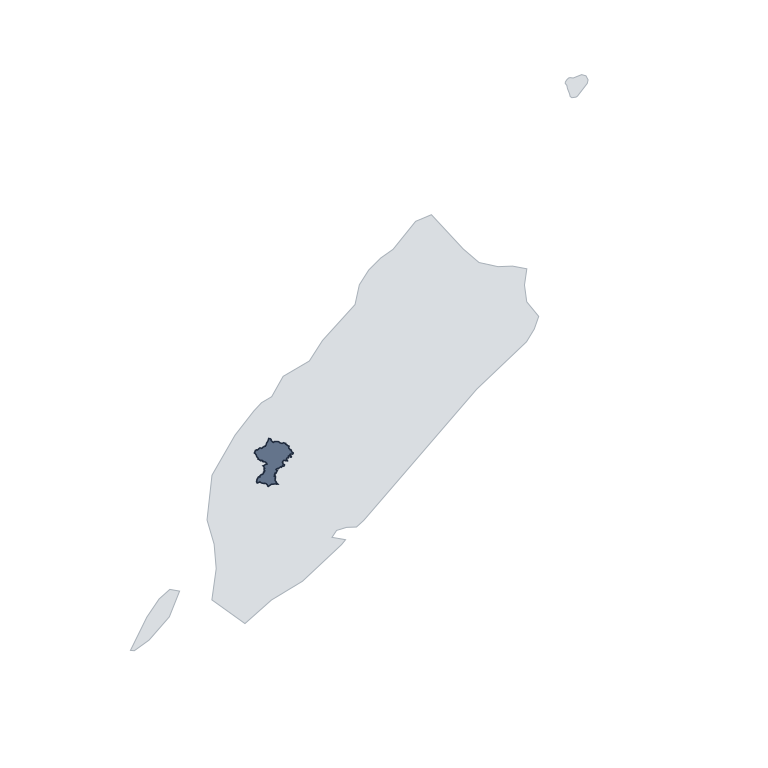 Cayey, Puerto Rico (highlighted), rotated 129°
{"feature_id": "32010507B18263027351843", "entity_name": "Cayey", "entity_type": "district", "adm_level": 2, "iso_a3": "PRI", "parent_name": "Puerto Rico", "parent_adm1": "", "projection": "albers", "projection_center": [-66.141, 18.103], "detail": "fine", "context": "in_parent", "style": "filled", "palette": "slate", "viewbox_px": 768, "rotation_deg": 129, "n_neighbors": 0, "source": "geoboundaries", "source_scale": "gbopen_adm2", "svg_char_len": 4200}
<svg xmlns="http://www.w3.org/2000/svg" viewBox="0 0 768 768"><g transform="rotate(129 384 384)"><path d="M519.0,322.9L527.6,328.7L535.9,327.9L529.2,315.9L535.4,315.9L588.5,323.2L622.6,335.5L657.7,341.3L660.1,381.9L633.1,398.2L615.4,415.2L601.0,436.0L563.1,460.3L517.4,467.6L486.9,468.2L475.6,467.4L464.5,463.3L441.5,467.2L413.1,456.5L388.8,459.2L340.5,456.5L322.4,465.6L305.0,467.6L288.0,465.8L273.6,461.7L237.7,461.8L222.6,453.7L229.2,407.5L229.8,386.6L221.1,369.3L211.5,358.3L204.6,345.5L218.7,337.1L230.3,324.8L234.1,306.3L246.7,301.8L261.5,299.8L329.8,308.7L502.7,313.9L512.5,315.4L519.0,322.9ZM714.4,421.6L692.6,423.5L678.4,421.2L673.6,412.5L700.0,404.3L730.8,405.4L748.4,410.2L750.6,413.4L714.4,421.6ZM35.2,433.1L32.6,433.4L30.0,433.1L28.8,432.2L27.1,429.5L19.2,425.1L17.4,421.0L19.2,416.8L22.5,415.2L38.5,414.8L40.2,415.3L43.3,418.2L43.4,420.3L41.8,422.3L38.9,427.4L37.8,428.7L36.8,430.0L36.4,432.3L35.2,433.1Z" fill="#d9dde1" stroke="#a8b0b8" stroke-width="1"/><path d="M528.6,403.5L528.5,404.0L528.7,404.8L528.1,405.7L528.2,406.3L527.7,406.6L527.7,407.4L527.3,408.2L526.6,408.5L526.4,408.7L526.0,409.1L525.8,408.9L525.3,409.4L524.9,409.5L524.3,410.0L524.6,410.6L524.2,410.7L524.1,411.1L524.4,411.4L523.8,411.6L523.4,411.4L523.2,412.1L522.3,412.0L522.3,412.3L522.2,412.3L521.8,412.6L521.4,412.3L521.1,411.8L520.3,412.1L519.6,412.1L519.0,412.4L518.6,412.4L518.8,412.9L518.4,413.1L518.4,414.1L517.7,414.1L517.3,413.8L516.6,413.6L516.5,413.1L516.3,412.7L515.4,412.8L514.9,412.5L513.3,412.2L513.2,411.3L511.6,411.5L511.4,411.4L511.5,410.7L510.5,410.0L510.0,410.2L509.6,410.3L509.3,410.6L509.8,412.1L509.8,412.4L508.9,412.8L508.8,413.7L508.2,413.9L506.7,413.9L506.3,413.8L506.1,413.5L505.7,412.3L505.0,411.5L504.5,410.6L504.0,411.0L504.1,411.5L504.3,412.3L503.9,412.5L503.0,412.8L502.3,412.7L501.5,411.7L501.1,411.8L500.7,412.6L500.2,413.0L499.7,412.8L499.3,412.5L499.1,411.9L499.6,410.4L499.1,410.0L498.7,410.2L498.4,411.0L498.3,411.8L498.3,412.4L498.1,412.7L497.4,412.7L496.7,412.0L496.2,411.0L495.6,410.8L494.8,411.0L494.6,411.3L494.8,412.9L494.4,413.5L494.3,413.9L493.8,414.3L493.7,414.5L493.7,415.2L494.2,415.5L493.9,416.5L493.8,417.6L493.3,418.1L492.5,418.3L492.0,418.8L492.4,419.7L492.5,419.8L492.6,420.7L492.3,421.1L492.7,422.5L492.0,423.0L492.6,424.1L492.7,425.0L494.3,425.8L494.8,426.8L495.2,427.8L495.1,429.6L496.1,431.0L497.1,432.2L497.3,432.5L497.8,433.1L498.7,433.0L499.0,433.1L499.2,434.0L499.0,434.7L499.0,435.9L498.9,436.3L498.1,436.8L498.1,438.0L498.6,438.7L498.7,439.0L498.8,439.3L499.2,439.2L499.4,439.1L499.7,439.1L499.8,439.0L499.8,438.9L500.3,438.6L502.7,438.1L503.1,438.2L504.0,438.0L505.6,437.2L506.9,437.3L507.1,437.1L507.7,437.8L508.5,437.8L508.9,438.2L509.9,438.4L510.4,438.3L511.1,438.6L511.3,439.4L511.7,440.2L512.4,440.4L513.3,440.6L513.8,440.5L514.2,440.7L515.0,440.8L515.4,441.7L516.0,441.8L516.4,442.1L516.7,441.8L517.4,442.0L517.9,441.6L519.2,441.4L519.3,441.3L519.3,441.2L519.0,440.5L519.4,439.5L519.5,438.7L520.2,437.8L520.6,437.0L520.8,436.2L520.8,435.4L521.1,435.1L521.1,434.8L521.7,434.6L521.2,433.1L521.4,432.5L521.0,432.0L521.3,431.6L520.7,431.1L520.3,431.1L520.0,430.6L520.0,430.1L520.3,430.3L520.6,429.7L520.5,428.9L520.0,428.8L519.6,427.6L519.4,427.4L519.2,426.9L519.4,426.3L519.4,425.8L519.4,425.3L519.9,424.5L521.1,425.5L522.7,425.9L523.7,426.5L523.7,426.1L524.0,425.0L524.7,424.2L524.6,423.7L525.6,423.8L525.8,423.3L526.1,423.2L526.5,422.8L526.5,422.2L526.8,422.3L527.0,421.9L527.5,422.0L527.7,421.7L527.9,421.7L528.2,422.2L528.4,422.2L528.5,421.9L528.9,421.6L530.0,421.4L530.6,421.5L530.6,421.8L531.1,422.1L531.5,422.1L532.0,422.5L532.8,422.5L533.3,422.7L534.3,421.9L534.5,422.1L534.7,422.3L534.8,422.8L535.2,423.1L535.9,423.1L536.5,422.8L537.2,422.9L538.1,422.5L538.3,422.6L539.1,422.0L539.4,422.0L539.9,421.5L540.2,421.5L540.2,420.9L540.6,420.8L540.8,420.4L540.4,419.8L539.3,419.5L538.8,419.0L538.1,418.9L538.2,418.2L538.0,416.9L537.6,416.0L537.5,415.9L537.1,415.3L536.9,414.5L536.8,414.4L536.2,414.3L535.6,412.7L535.8,411.9L535.7,411.3L536.5,410.2L536.5,409.5L535.2,409.1L532.7,408.4L532.6,408.2L532.0,407.6L531.8,407.2L531.0,406.6L529.7,405.2L529.6,404.6L529.1,404.2L528.6,403.5Z" fill="#64748b" stroke="#1e293b" stroke-width="1.5"/></g></svg>